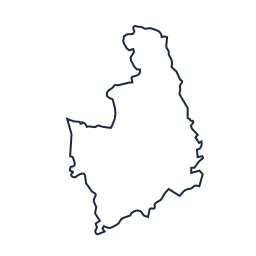 Zamora, Mercator projection, rotated 64°
{"feature_id": "ESP-5852", "entity_name": "Zamora", "entity_type": "Autonomous Community", "adm_level": 1, "iso_a3": "ESP", "parent_name": "Spain", "parent_adm1": "", "projection": "mercator", "projection_center": [-6.097, 41.685], "detail": "fine", "context": "isolated", "style": "outline", "palette": "slate", "viewbox_px": 256, "rotation_deg": 64, "n_neighbors": 0, "source": "natural_earth", "source_scale": "10m", "svg_char_len": 2902}
<svg xmlns="http://www.w3.org/2000/svg" viewBox="0 0 256 256"><g transform="rotate(64 128 128)"><path d="M93.1,178.6L95.0,177.1L98.2,173.8L101.3,168.8L101.7,168.7L102.9,168.9L103.3,168.8L103.5,168.0L103.6,167.0L103.6,166.2L103.3,166.2L104.5,165.1L105.9,164.6L109.0,164.4L109.0,163.2L112.8,157.2L112.8,156.3L112.5,155.4L112.5,154.4L113.1,153.1L115.7,150.4L120.4,143.4L119.4,142.1L118.0,140.2L113.8,135.8L109.4,132.9L104.6,131.1L96.6,129.4L95.2,129.4L94.5,130.0L93.9,130.8L92.5,131.7L91.1,132.5L90.0,132.8L87.3,131.7L85.9,129.6L85.4,127.0L85.1,124.6L84.7,123.3L84.0,122.2L83.7,121.0L84.3,119.8L85.0,118.7L85.4,117.4L87.8,106.6L89.0,104.1L86.4,103.3L84.7,103.0L83.9,102.1L84.7,96.4L84.3,94.2L83.0,92.6L80.6,91.6L79.2,94.4L75.9,95.4L68.9,95.7L65.9,94.9L62.3,89.3L59.3,88.7L58.7,92.7L56.4,94.1L50.2,94.6L47.5,94.1L45.1,92.2L43.7,91.5L43.8,90.0L43.3,88.8L43.4,88.0L43.7,87.0L45.5,82.8L45.4,82.2L45.3,81.8L44.2,80.2L43.6,79.8L41.6,79.8L40.8,79.6L40.1,79.1L39.5,78.4L39.3,77.5L39.6,76.5L40.9,75.2L43.3,71.4L44.1,70.7L44.9,70.4L45.7,69.8L46.4,69.0L47.5,65.5L47.9,64.6L48.7,63.4L52.1,60.0L53.6,58.7L55.2,57.7L57.4,57.2L58.8,57.2L60.7,57.8L61.2,57.6L61.5,55.9L61.8,54.9L63.4,53.0L71.1,57.7L72.6,58.2L76.2,57.8L77.1,57.9L79.9,59.2L85.7,59.0L89.0,59.9L92.3,62.1L98.5,59.7L107.2,60.0L109.1,59.0L109.9,58.9L110.9,59.7L112.0,61.9L113.1,62.9L116.6,64.3L119.5,66.6L120.6,66.9L136.2,65.6L145.0,69.9L145.6,69.8L146.8,68.7L147.3,68.5L148.5,68.5L149.0,68.3L149.4,67.9L149.8,66.9L150.2,66.5L151.2,66.6L152.1,67.7L153.5,70.4L156.6,70.8L164.8,68.4L166.0,71.5L172.5,70.6L172.3,67.9L174.6,68.7L175.8,69.5L177.6,71.8L177.9,72.3L178.0,73.0L177.7,75.5L184.7,78.2L185.9,73.6L187.9,73.7L189.2,78.9L192.8,85.7L191.5,88.6L196.0,90.9L197.7,82.5L202.2,81.1L211.6,89.4L209.3,92.5L209.2,94.0L210.0,97.0L210.0,98.6L209.2,100.8L208.9,103.7L209.5,106.3L211.7,111.3L200.7,118.2L202.9,123.7L206.0,128.1L207.0,130.2L207.4,135.4L208.3,137.6L211.4,138.9L211.8,139.8L211.4,141.0L210.7,142.0L210.2,143.1L210.7,144.4L216.7,148.9L214.2,151.7L213.2,152.2L209.1,152.9L207.8,153.7L206.6,155.2L205.9,157.1L205.6,159.3L205.8,161.5L206.4,162.9L207.1,163.6L207.6,164.3L206.8,171.4L206.9,173.2L207.4,174.7L209.5,178.2L209.9,179.9L210.2,185.1L210.0,187.7L208.9,189.7L205.7,192.8L207.2,195.0L210.8,194.4L210.3,201.1L210.1,202.0L209.6,202.6L208.7,202.9L207.7,203.0L206.8,202.8L206.0,202.3L204.2,199.9L203.5,199.4L200.1,199.1L199.7,198.9L199.1,194.0L190.3,195.0L185.1,191.2L179.0,190.9L177.1,189.9L174.1,186.3L172.9,186.1L169.1,188.3L159.3,189.9L151.6,187.4L149.7,187.7L148.8,189.2L148.5,191.4L148.7,194.6L149.0,196.2L149.1,197.0L148.5,198.4L147.3,199.4L145.9,199.8L144.7,199.3L144.3,198.6L144.0,197.6L143.7,196.9L143.0,196.8L142.6,197.1L141.5,198.6L140.7,198.7L139.9,198.4L137.9,196.7L137.9,196.2L138.4,194.5L138.4,193.4L138.1,192.6L137.6,192.0L135.1,191.0L129.9,190.4L128.0,192.4L108.9,181.5L93.1,178.6Z" fill="none" stroke="#1e293b" stroke-width="2"/></g></svg>